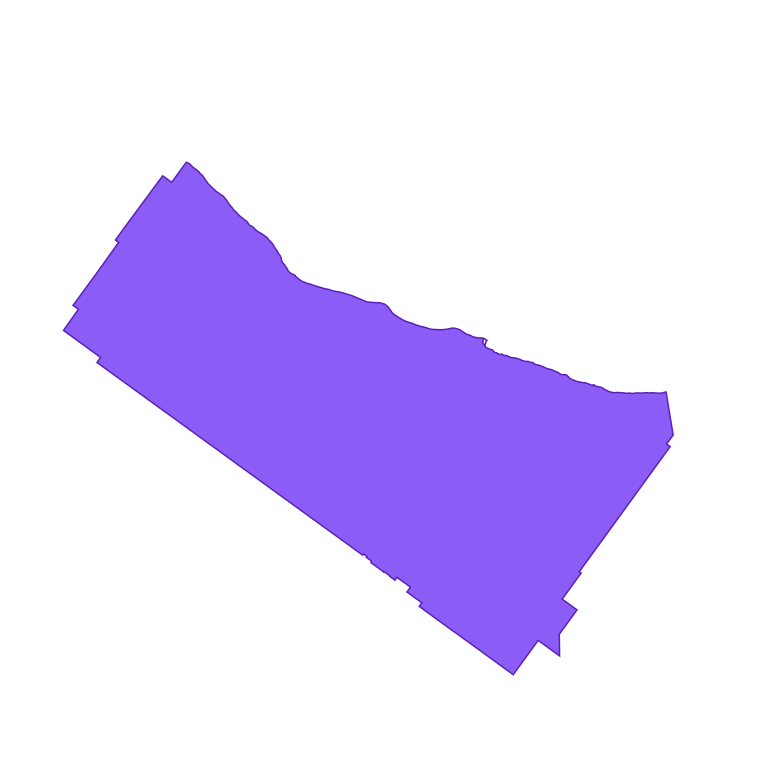 outline of Irwin, Western Australia, Australia, rotated 126°
{"feature_id": "25037944B44454952814800", "entity_name": "Irwin", "entity_type": "district", "adm_level": 2, "iso_a3": "AUS", "parent_name": "Australia", "parent_adm1": "Western Australia", "projection": "mercator", "projection_center": [114.943, -29.341], "detail": "fine", "context": "isolated", "style": "filled", "palette": "violet", "viewbox_px": 768, "rotation_deg": 126, "n_neighbors": 0, "source": "geoboundaries", "source_scale": "gbopen_adm2", "svg_char_len": 6072}
<svg xmlns="http://www.w3.org/2000/svg" viewBox="0 0 768 768"><g transform="rotate(126 384 384)"><path d="M529.0,674.8L529.1,628.8L533.7,628.9L535.3,628.8L535.1,403.6L535.0,300.7L533.5,300.7L533.5,296.4L534.6,296.4L534.6,290.9L534.7,290.4L536.2,289.4L536.2,282.0L536.2,274.6L536.4,274.3L536.4,273.6L535.8,273.6L535.8,266.0L536.2,266.0L536.3,259.8L532.8,259.8L532.8,243.2L538.8,243.2L538.8,224.8L543.2,224.8L543.3,213.3L543.3,181.9L543.2,181.4L543.2,108.6L500.8,108.6L500.8,82.1L483.4,95.1L453.3,95.1L453.3,113.4L421.1,113.4L421.1,115.7L266.4,115.7L266.4,120.1L255.3,120.1L224.7,151.1L225.5,152.0L226.9,153.0L228.2,154.1L228.9,154.9L229.8,156.3L230.5,157.1L230.9,157.9L231.5,158.6L231.9,159.4L232.1,160.0L233.2,161.4L233.5,162.1L235.0,163.7L236.7,166.4L240.9,171.5L242.3,174.0L243.3,174.7L244.1,175.9L244.9,176.6L245.6,177.4L246.7,179.5L249.5,183.1L249.8,183.7L249.9,184.2L250.4,184.8L250.6,185.4L252.4,188.2L253.7,190.2L253.9,190.6L255.5,192.3L256.2,193.3L256.5,194.0L257.3,196.1L257.5,196.5L257.9,197.0L257.8,197.3L257.9,197.9L257.9,198.2L258.1,198.7L258.5,201.1L258.8,202.1L258.7,202.6L258.8,203.4L258.7,204.0L258.8,205.0L259.2,206.8L259.3,207.2L259.8,207.6L260.0,208.0L260.2,209.0L260.6,209.6L260.7,210.2L260.9,210.6L260.9,211.0L261.7,212.2L261.8,212.6L261.9,213.0L261.5,213.1L261.3,213.3L261.2,213.6L261.3,213.8L261.5,214.1L261.8,213.6L262.1,213.6L262.8,214.8L263.8,218.7L264.0,219.7L264.4,220.6L264.6,221.3L264.8,222.0L265.3,223.0L266.0,223.9L266.4,224.6L267.0,226.3L267.5,227.1L268.8,230.4L269.1,231.5L269.5,233.2L269.9,234.9L270.2,237.3L270.1,238.0L269.8,238.8L269.7,239.4L269.8,240.0L269.7,240.2L269.4,241.1L269.4,241.6L269.6,242.0L269.7,242.5L270.9,244.1L272.0,245.8L272.2,246.3L272.3,247.2L272.3,247.7L272.4,248.2L272.3,249.0L272.4,249.9L273.0,252.9L273.3,253.6L273.8,256.2L274.1,257.5L274.7,258.7L275.9,262.0L276.4,264.6L276.4,265.4L277.0,267.0L277.5,269.4L278.3,270.6L278.3,271.1L278.9,272.1L279.2,272.9L279.3,273.5L279.3,274.5L279.3,275.4L279.1,276.0L279.3,276.6L279.9,277.1L280.1,277.6L280.3,278.4L280.6,278.9L280.7,279.2L280.9,280.3L281.1,280.9L281.4,281.3L282.2,282.2L283.0,283.8L283.5,285.6L283.7,285.9L284.0,286.8L283.9,287.5L284.3,288.3L285.2,291.8L286.0,293.3L286.2,294.0L286.8,294.9L287.7,296.6L288.6,299.1L288.7,299.7L288.6,300.5L288.9,301.4L289.2,302.2L289.8,302.6L289.9,302.8L290.6,304.9L290.6,305.2L290.4,305.5L290.3,305.9L290.6,306.2L290.9,306.4L291.4,306.9L291.8,307.5L292.3,308.9L292.6,310.1L292.7,310.4L292.5,310.9L292.5,311.1L292.6,311.4L292.9,311.8L293.2,312.4L293.3,313.2L293.3,313.6L293.3,313.8L293.1,314.2L293.0,314.6L293.1,315.0L293.0,315.4L292.7,316.1L292.7,316.4L292.7,316.7L293.0,317.0L293.1,317.3L293.5,318.6L293.8,319.8L294.2,321.3L294.3,323.4L294.1,324.7L293.5,325.4L292.8,325.1L289.1,326.6L290.7,326.1L290.9,326.1L291.1,325.9L292.7,325.3L292.9,325.4L293.0,325.9L293.1,326.2L293.3,326.4L292.8,327.6L292.4,328.4L292.2,328.5L291.5,328.8L290.8,329.4L290.4,329.3L289.6,329.9L289.2,330.0L288.7,329.9L288.3,329.0L288.4,328.7L288.3,328.4L288.4,326.5L288.3,326.4L288.1,328.4L288.2,329.0L288.6,329.9L288.5,330.1L288.6,330.4L288.6,330.7L288.7,331.1L290.2,333.4L290.9,334.3L291.2,334.5L291.5,335.3L292.0,336.0L292.2,336.9L292.8,338.2L293.4,338.9L293.5,339.4L293.6,339.9L293.7,341.4L293.9,342.5L294.1,343.4L295.0,345.8L295.3,347.3L295.6,354.5L296.2,356.9L296.8,358.4L297.2,359.2L297.6,360.2L299.0,362.0L299.6,362.6L301.7,364.3L303.4,366.1L303.9,366.8L305.5,368.3L308.2,372.1L309.5,374.2L311.2,376.7L311.9,378.1L312.4,379.0L312.7,380.0L313.3,381.5L313.4,382.2L313.5,382.6L313.7,382.9L314.0,383.4L314.3,384.9L315.0,386.5L315.7,387.9L317.5,393.1L317.8,394.3L318.1,395.8L318.4,397.2L319.3,399.4L320.7,404.1L321.1,406.4L321.1,407.3L321.4,409.6L321.5,411.9L321.7,413.5L321.6,414.4L321.8,415.8L321.8,417.5L321.6,419.2L320.8,421.0L320.2,423.2L320.0,423.6L319.7,424.7L319.4,425.6L319.2,426.2L319.1,427.2L319.0,430.2L319.1,430.8L319.5,431.8L320.7,435.1L321.0,435.7L321.8,436.9L322.7,437.9L323.0,438.3L324.0,440.1L325.3,442.0L326.2,443.5L327.4,445.7L328.5,449.2L329.2,452.7L329.9,455.4L330.4,457.6L330.7,458.7L331.2,461.1L332.1,464.1L332.9,466.3L335.6,473.8L336.1,474.8L336.9,476.3L337.5,477.8L338.8,480.3L339.1,481.2L339.8,483.9L341.6,487.6L342.5,490.2L343.2,492.3L344.2,494.8L345.7,499.4L346.4,502.1L347.5,504.7L348.0,506.3L348.8,509.4L349.1,511.1L349.2,513.3L349.2,514.5L349.1,515.1L349.1,515.5L349.0,516.7L349.0,518.2L348.9,518.9L348.4,519.6L348.4,519.9L348.6,521.0L348.6,521.6L348.9,522.5L349.1,523.4L349.2,525.1L349.2,526.0L348.8,527.9L348.4,529.0L347.3,530.8L347.1,532.3L346.0,534.4L345.6,536.8L345.3,537.4L344.9,538.1L344.4,539.4L343.8,540.1L342.6,541.1L341.1,543.5L340.9,544.7L340.5,545.9L340.0,546.8L339.9,547.6L339.1,548.7L338.7,550.3L338.3,551.4L337.5,553.4L336.1,556.3L335.9,557.6L335.5,559.2L335.0,562.5L334.7,563.5L334.4,563.9L334.2,564.5L334.4,566.1L334.2,568.0L334.2,569.7L334.4,571.1L334.4,572.4L334.7,574.7L334.8,575.1L334.8,576.0L334.9,576.5L334.8,577.0L334.6,577.5L334.8,578.2L334.6,579.0L334.6,579.6L334.4,580.3L334.2,581.1L334.1,581.5L334.1,581.9L334.3,582.4L334.3,582.7L334.2,583.0L334.1,583.5L334.5,585.4L334.5,586.6L333.4,589.4L333.2,590.2L333.1,591.3L333.0,592.0L333.2,594.2L333.1,594.8L332.9,596.3L333.0,598.2L333.0,598.7L332.7,599.8L332.6,600.4L332.6,601.4L332.5,602.0L332.5,602.5L332.5,603.3L332.4,603.5L332.1,603.4L332.0,603.6L331.9,604.1L331.9,604.6L331.9,605.5L331.6,606.3L331.7,607.1L331.6,607.7L331.4,608.3L331.0,609.3L330.7,610.2L330.4,611.3L330.1,613.4L329.6,614.3L329.3,615.6L329.0,616.7L328.6,617.4L328.4,618.1L327.9,619.0L327.8,619.8L327.6,620.3L327.5,621.0L326.9,622.9L326.6,624.1L326.5,625.0L326.7,627.2L326.7,630.7L326.8,631.8L326.8,632.9L326.5,634.8L326.4,636.5L326.1,638.2L326.0,640.2L325.7,641.1L325.6,641.8L325.5,643.5L324.6,645.7L324.4,646.6L323.8,648.6L322.1,653.2L321.8,655.0L321.9,656.0L321.8,656.5L321.1,658.5L321.1,659.0L321.1,659.9L320.9,661.8L321.0,664.2L320.9,665.9L320.6,668.3L320.3,669.2L320.2,670.8L320.3,672.6L320.8,674.3L345.6,674.3L345.7,685.4L405.8,685.9L425.4,685.9L425.4,681.9L463.6,681.6L503.2,681.8L503.1,675.1L529.0,674.8Z" fill="#8b5cf6" stroke="#5b21b6" stroke-width="1.5"/></g></svg>